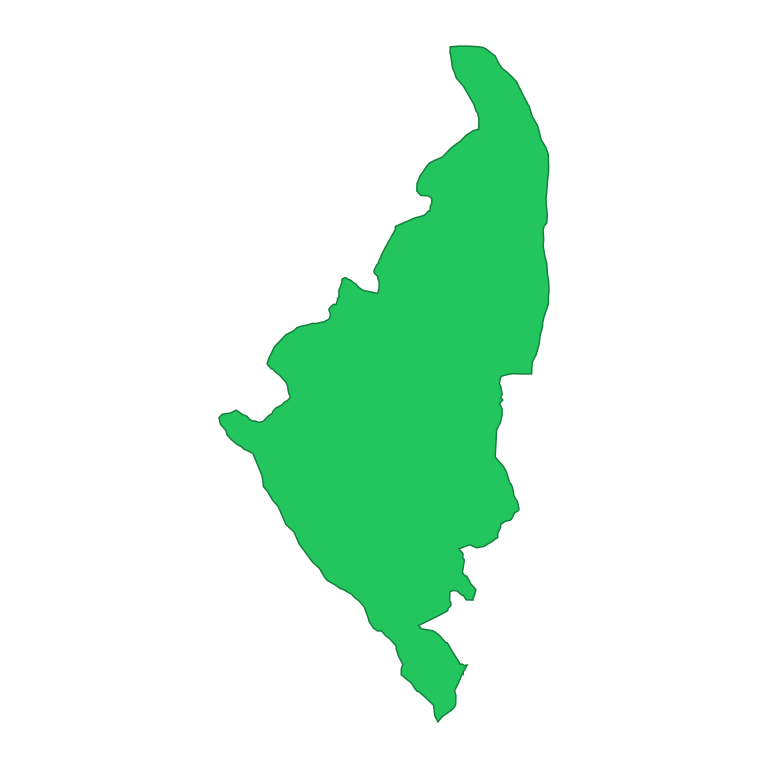 outline of Al-Minshat, Suhaj, Egypt
{"feature_id": "37247803B33567976679520", "entity_name": "Al-Minshat", "entity_type": "district", "adm_level": 2, "iso_a3": "EGY", "parent_name": "Egypt", "parent_adm1": "Suhaj", "projection": "natural_earth1", "projection_center": [31.766, 26.464], "detail": "fine", "context": "isolated", "style": "filled", "palette": "green", "viewbox_px": 768, "rotation_deg": 0, "n_neighbors": 0, "source": "geoboundaries", "source_scale": "gbopen_adm2", "svg_char_len": 4761}
<svg xmlns="http://www.w3.org/2000/svg" viewBox="0 0 768 768"><path d="M531.6,374.0L532.1,363.4L533.6,359.2L536.0,355.2L539.0,344.7L539.3,342.1L540.1,335.8L542.5,326.8L542.7,322.6L543.9,317.3L546.2,310.5L548.3,304.1L548.5,297.0L548.9,291.6L548.9,291.3L549.0,291.0L548.6,281.0L547.4,274.0L546.8,263.7L544.8,255.9L543.2,246.2L543.7,239.8L543.1,229.6L544.3,225.9L546.7,223.0L547.3,215.1L546.3,205.1L546.0,198.5L546.7,192.5L547.1,186.7L547.7,179.1L548.6,171.2L548.6,163.8L548.5,161.7L548.3,154.6L546.0,147.6L541.2,139.9L539.0,131.0L537.5,125.6L532.4,116.7L529.3,106.9L524.2,97.2L516.3,81.4L511.7,76.6L507.4,72.5L502.9,69.0L500.0,65.4L497.4,60.8L495.2,56.0L491.1,52.9L486.6,49.4L483.5,47.6L478.1,46.7L470.0,46.2L459.6,46.1L450.5,46.8L450.3,46.8L450.0,52.6L450.6,55.5L451.2,58.6L452.4,67.6L453.7,70.6L454.2,71.9L456.3,78.2L460.4,82.7L463.1,85.8L468.4,94.8L471.0,99.4L473.7,103.9L476.3,111.5L477.6,113.0L478.9,119.0L478.7,129.5L477.3,129.4L473.1,130.8L466.2,135.2L460.5,141.0L459.2,142.0L456.3,144.0L450.7,148.3L446.5,152.7L442.3,157.1L435.4,160.0L429.8,162.8L427.0,165.8L424.1,170.2L419.9,176.1L418.4,180.5L417.0,183.5L416.9,186.2L416.9,188.0L416.8,191.0L419.5,194.0L420.8,195.5L425.0,195.6L426.2,195.7L427.7,195.7L430.5,197.3L431.8,198.8L431.7,203.3L430.3,206.2L430.2,207.6L430.2,210.7L428.8,210.7L424.6,215.1L420.4,216.5L414.9,217.9L405.1,222.1L395.4,226.4L395.4,229.4L385.4,247.2L381.0,256.0L381.0,257.5L379.6,259.0L378.1,263.5L376.7,264.9L373.9,270.8L374.5,273.4L375.2,274.0L377.9,276.7L377.8,278.4L379.1,281.4L379.1,284.4L379.0,288.9L377.5,293.4L362.4,290.1L358.4,287.0L355.7,283.9L353.0,282.4L351.6,280.9L348.9,279.3L347.5,279.3L346.2,277.8L344.8,277.7L342.0,279.2L341.9,282.2L340.5,286.6L339.0,289.6L339.0,294.1L338.9,297.0L337.5,298.5L337.5,300.0L336.0,304.5L333.2,304.4L329.0,308.8L329.0,310.3L330.3,313.3L330.2,316.3L328.8,319.3L326.0,320.7L323.2,322.2L321.9,322.1L316.3,323.5L312.2,323.4L308.0,324.8L301.1,326.2L297.0,327.6L294.1,330.5L289.8,332.8L288.6,333.4L285.8,334.8L283.0,337.8L278.8,342.2L274.5,346.6L271.7,352.5L268.8,358.4L267.8,361.3L267.3,362.9L267.3,364.4L268.6,365.9L271.3,368.9L272.7,369.0L275.4,372.0L279.5,375.1L282.2,378.1L284.9,381.2L286.2,382.7L287.5,385.7L288.7,393.2L290.1,396.3L290.0,397.8L287.2,400.7L284.4,402.1L281.6,405.1L276.0,407.9L273.2,410.9L271.8,413.8L269.0,415.3L264.8,419.7L263.4,421.1L259.2,422.5L255.1,421.0L252.4,420.9L249.7,419.4L247.0,416.3L242.9,414.7L236.1,410.1L230.5,413.0L222.2,414.3L219.0,417.6L220.5,424.4L223.2,427.4L225.9,430.5L227.1,435.0L231.2,439.5L236.6,444.1L242.0,447.2L243.4,448.8L252.9,453.4L259.2,468.8L262.1,476.0L263.3,483.5L263.3,486.5L267.3,491.1L272.6,500.2L278.0,506.3L282.0,515.3L285.9,524.4L294.0,532.0L295.0,534.3L299.3,544.1L306.0,553.2L312.7,562.3L319.4,568.4L324.7,577.5L327.4,580.5L335.6,585.2L339.7,588.3L343.8,589.8L351.9,594.5L354.6,597.5L358.7,600.6L364.1,606.7L368.0,617.3L369.3,621.8L373.3,627.8L377.3,630.9L381.5,631.0L385.5,635.6L389.6,638.6L396.3,646.2L396.2,649.2L398.8,656.8L402.8,664.3L402.1,666.3L401.3,668.8L401.2,673.3L401.2,674.7L406.6,679.3L410.7,682.4L412.0,683.9L414.7,688.5L417.4,691.5L418.7,691.6L424.1,696.2L433.6,705.3L434.8,715.8L438.0,721.9L440.3,718.9L443.1,716.0L447.3,713.1L451.4,710.2L452.8,708.7L454.3,707.3L455.7,704.3L455.8,701.3L455.8,699.8L455.9,695.3L454.6,690.8L458.9,682.0L461.8,674.5L463.2,674.6L463.2,671.6L464.6,670.1L467.1,665.0L464.7,665.6L462.0,664.1L460.6,664.1L459.6,664.0L459.3,662.5L452.6,651.9L447.3,642.8L446.0,642.8L443.3,639.8L440.6,636.7L439.2,635.2L435.2,632.1L432.5,630.6L431.1,630.5L421.5,628.8L420.2,627.3L418.4,625.6L438.3,615.8L441.1,614.3L446.6,611.4L448.0,610.0L448.0,608.5L450.9,605.6L450.9,604.1L450.9,602.6L449.6,601.0L449.8,592.1L452.5,590.6L455.3,590.7L456.7,590.7L462.1,595.3L463.4,595.4L466.1,599.9L467.5,599.9L473.0,600.1L473.0,598.6L474.4,595.6L475.9,589.7L474.6,588.1L471.9,585.1L470.6,583.6L469.2,580.5L466.6,576.0L465.2,576.0L463.9,574.5L462.5,572.9L462.6,571.4L464.2,561.0L464.2,559.5L462.8,558.0L462.9,555.0L462.9,553.5L461.6,552.0L458.8,548.8L470.0,544.7L472.7,546.2L476.8,547.8L483.7,546.5L493.4,540.7L494.8,539.2L497.6,537.8L497.7,534.8L497.7,533.3L500.6,527.4L500.7,524.4L504.8,521.5L510.4,520.1L511.8,518.7L513.2,515.7L514.6,512.8L517.4,511.3L518.8,509.9L518.9,508.4L517.6,502.4L516.3,499.4L515.0,497.8L513.6,494.8L513.7,493.3L512.4,487.3L511.1,484.3L509.8,482.8L505.9,470.7L503.2,466.2L501.9,464.7L495.2,457.1L495.6,449.6L496.4,434.7L496.5,431.7L496.6,429.9L499.6,424.0L500.4,422.5L502.1,415.3L502.1,412.4L502.1,410.9L502.1,408.7L500.2,405.0L499.4,403.6L500.8,402.2L502.1,400.7L502.8,400.0L500.8,397.8L502.2,394.2L501.7,391.5L500.8,386.9L499.7,384.2L499.4,383.3L500.2,379.2L501.0,376.5L505.1,375.1L512.0,373.7L516.2,373.8L524.4,374.0L531.6,374.0Z" fill="#22c55e" stroke="#15803d" stroke-width="1.5"/></svg>